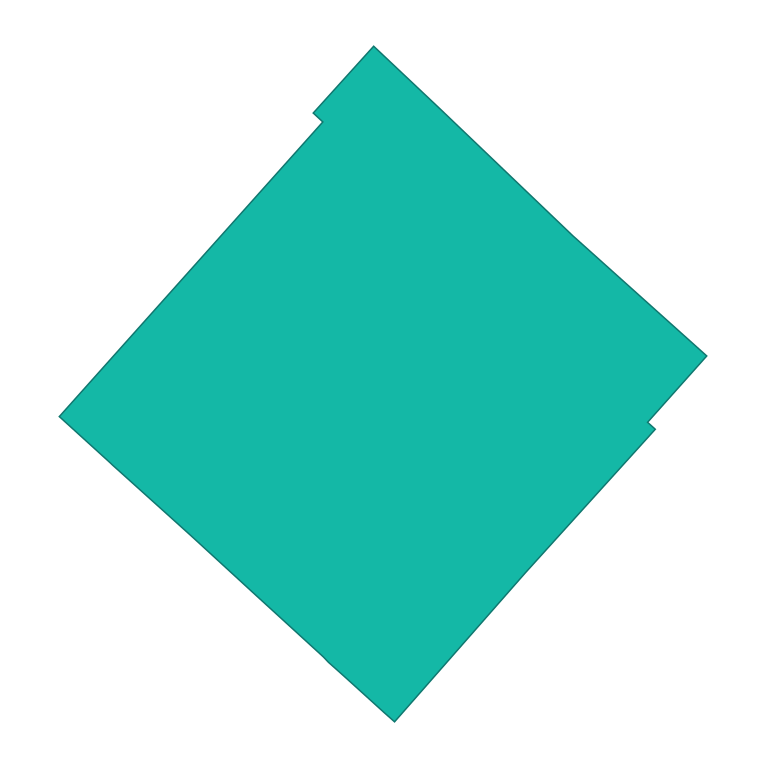 the district of Clark, Kansas, United States of America, rotated 42°
{"feature_id": "52423323B23094259623608", "entity_name": "Clark", "entity_type": "district", "adm_level": 2, "iso_a3": "USA", "parent_name": "United States of America", "parent_adm1": "Kansas", "projection": "natural_earth1", "projection_center": [-99.798, 37.237], "detail": "fine", "context": "isolated", "style": "filled", "palette": "teal", "viewbox_px": 768, "rotation_deg": 42, "n_neighbors": 0, "source": "geoboundaries", "source_scale": "gbopen_adm2", "svg_char_len": 458}
<svg xmlns="http://www.w3.org/2000/svg" viewBox="0 0 768 768"><g transform="rotate(42 384 384)"><path d="M617.9,628.0L615.4,430.2L615.9,236.1L605.5,236.1L605.1,147.2L424.9,147.5L240.6,142.0L150.3,139.9L150.1,230.0L163.2,230.2L164.5,625.5L233.8,625.8L236.4,625.9L237.4,625.9L242.5,625.9L341.5,625.9L415.4,626.6L424.7,626.7L425.2,626.7L521.6,627.4L529.0,628.0L548.2,627.9L603.9,628.1L617.9,628.0Z" fill="#14b8a6" stroke="#0f766e" stroke-width="1.5"/></g></svg>